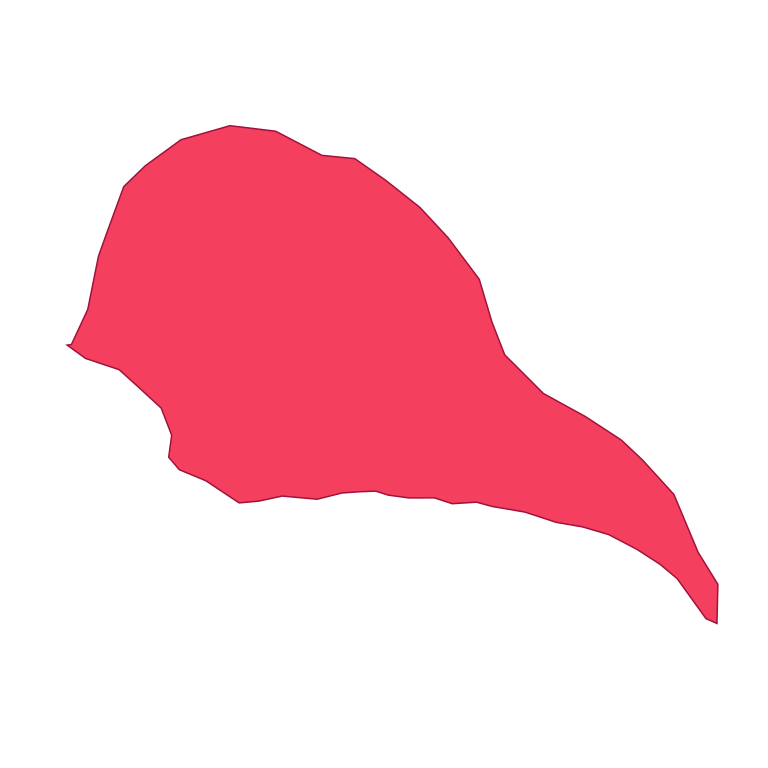 outline of Sumqayit City, Sumqayıt, Azerbaijan, rotated 174°
{"feature_id": "54616110B75219613739908", "entity_name": "Sumqayit City", "entity_type": "district", "adm_level": 2, "iso_a3": "AZE", "parent_name": "Azerbaijan", "parent_adm1": "Sumqayıt", "projection": "mercator", "projection_center": [49.626, 40.591], "detail": "fine", "context": "isolated", "style": "filled", "palette": "rose", "viewbox_px": 768, "rotation_deg": 174, "n_neighbors": 0, "source": "geoboundaries", "source_scale": "gbopen_adm2", "svg_char_len": 851}
<svg xmlns="http://www.w3.org/2000/svg" viewBox="0 0 768 768"><g transform="rotate(174 384 384)"><path d="M695.1,455.8L678.1,440.6L645.9,425.9L627.7,405.6L608.1,383.3L600.5,355.3L605.8,333.7L596.5,320.1L571.3,306.4L540.5,280.9L520.7,280.6L497.0,283.2L462.6,276.4L437.1,280.0L419.7,279.4L403.4,278.3L391.3,273.0L371.1,268.1L345.8,265.5L328.6,257.8L304.4,256.8L288.9,250.8L257.3,241.9L227.2,228.4L201.7,221.2L176.4,210.8L149.7,193.1L128.3,175.8L112.8,159.8L88.3,117.0L77.9,111.0L72.9,149.9L89.2,183.8L107.2,243.8L135.1,281.7L153.9,303.5L186.9,330.4L226.5,357.9L260.9,400.4L270.2,434.5L278.3,478.1L304.8,522.5L329.8,555.8L360.7,586.1L389.5,611.2L421.9,617.9L465.3,646.7L510.2,657.0L560.3,648.2L598.6,626.0L622.2,607.5L642.1,566.9L654.6,541.0L659.7,524.7L670.8,489.2L690.7,456.0L695.1,455.8Z" fill="#f43f5e" stroke="#9f1239" stroke-width="1.5"/></g></svg>